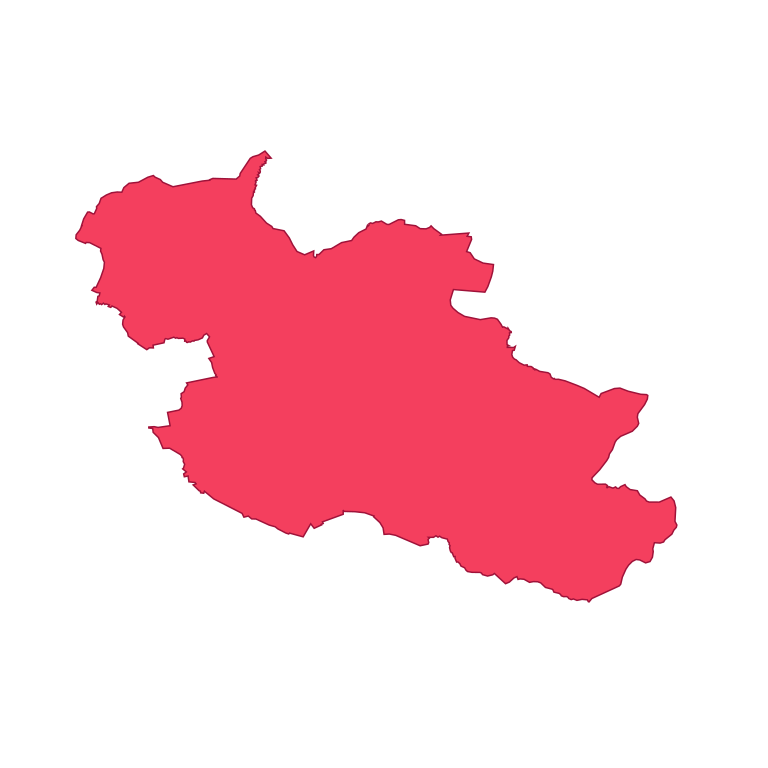 Remetea Chioarului, Maramures, Romania (Equal Earth projection), rotated 341°
{"feature_id": "2599482B30714970991865", "entity_name": "Remetea Chioarului", "entity_type": "district", "adm_level": 2, "iso_a3": "ROU", "parent_name": "Romania", "parent_adm1": "Maramures", "projection": "equal_earth", "projection_center": [23.534, 47.521], "detail": "fine", "context": "isolated", "style": "filled", "palette": "rose", "viewbox_px": 768, "rotation_deg": 341, "n_neighbors": 0, "source": "geoboundaries", "source_scale": "gbopen_adm2", "svg_char_len": 6171}
<svg xmlns="http://www.w3.org/2000/svg" viewBox="0 0 768 768"><g transform="rotate(341 384 384)"><path d="M480.0,249.8L478.1,250.8L474.3,251.0L468.8,248.9L465.5,244.7L455.5,239.7L456.7,236.0L453.8,234.1L451.0,233.4L440.7,234.8L438.7,234.0L434.6,229.1L431.3,228.9L429.2,228.0L425.6,228.5L423.7,227.3L421.9,227.6L421.5,228.9L420.2,229.5L420.0,228.6L417.5,231.6L409.4,232.7L403.4,235.4L400.1,237.8L389.9,236.5L378.2,238.9L370.9,237.5L364.7,240.4L362.6,239.7L361.9,241.3L360.5,242.3L359.3,241.2L359.1,239.7L360.9,235.3L351.0,236.0L344.9,230.4L343.0,222.7L342.0,215.0L339.4,206.6L329.7,200.9L329.2,198.5L325.3,193.6L321.7,185.2L318.5,180.6L318.8,177.9L318.2,177.2L318.5,176.1L317.2,174.6L317.0,171.4L319.4,165.2L321.6,163.3L322.8,160.6L323.8,160.4L323.5,159.4L324.4,159.3L324.8,158.0L326.0,157.6L325.9,156.7L328.2,154.6L326.9,153.7L328.8,151.4L328.4,150.9L328.8,149.9L330.3,150.0L330.3,147.4L331.7,147.7L333.4,146.8L333.5,146.2L332.6,145.1L334.4,144.5L334.3,143.3L335.1,144.1L335.7,143.8L336.4,142.4L336.0,140.8L337.4,140.3L337.7,138.1L339.8,138.3L340.3,136.8L341.6,137.7L341.8,136.8L344.1,136.7L343.9,135.2L344.7,135.5L344.9,134.7L345.8,134.1L345.5,132.3L346.1,131.0L347.4,132.8L350.8,133.7L347.3,125.0L340.0,126.7L334.1,126.4L331.0,127.1L316.6,138.1L315.3,140.4L310.9,142.1L289.1,133.9L285.6,134.1L285.6,134.6L278.1,132.9L248.7,128.8L240.4,121.2L239.1,117.9L234.9,113.9L233.8,111.8L228.0,111.6L217.5,113.3L208.3,111.2L202.0,113.6L198.5,117.3L194.2,115.6L188.7,114.5L183.0,114.9L176.9,116.3L173.5,120.6L169.9,122.7L169.5,124.5L165.5,128.7L164.4,128.5L161.4,125.4L159.7,125.0L153.8,130.1L149.4,136.0L149.8,136.1L146.4,139.5L141.5,142.7L140.0,146.1L141.6,148.7L147.6,153.9L148.5,153.2L151.7,154.5L160.5,163.6L159.3,166.0L159.6,169.6L158.9,175.1L159.3,177.8L156.7,183.5L150.7,191.2L143.3,198.9L141.5,198.2L138.3,200.3L142.2,204.0L145.0,205.4L143.5,207.9L142.0,208.0L139.8,212.3L138.4,212.8L138.4,214.9L140.0,213.7L140.8,215.9L142.0,215.8L142.9,217.0L145.0,216.2L146.0,217.9L147.1,217.7L150.0,219.8L148.5,220.9L150.6,222.6L152.2,221.7L156.2,225.5L159.1,230.7L156.5,232.2L159.4,235.8L160.1,236.2L160.6,235.5L160.9,236.3L158.1,238.5L156.3,242.4L156.3,245.3L158.3,252.0L157.8,255.5L164.8,265.5L164.3,265.8L170.9,274.3L174.0,273.4L177.7,274.8L178.3,272.1L189.4,273.4L191.4,270.3L192.4,270.0L194.3,271.3L200.5,271.3L202.0,272.9L203.3,272.7L204.3,273.9L208.8,275.2L210.3,276.7L209.5,278.6L210.5,278.8L211.0,280.4L211.9,280.8L212.9,280.5L214.5,281.3L217.0,280.9L218.3,281.6L218.9,281.1L222.6,281.7L227.3,281.3L229.5,279.2L232.7,278.5L234.4,282.6L231.0,285.5L230.6,286.8L232.3,302.8L226.7,302.8L228.0,307.6L227.3,312.7L227.5,318.9L228.2,320.7L227.6,321.2L228.8,323.6L228.0,322.8L224.2,322.1L197.7,318.7L198.2,321.0L194.7,323.2L192.5,326.2L189.0,327.1L188.1,330.6L187.1,331.4L187.1,335.4L186.1,338.8L184.3,341.0L181.5,341.9L170.1,340.4L168.2,353.8L156.2,351.5L152.8,349.5L147.6,348.1L147.3,349.0L150.8,350.8L150.0,354.6L153.3,361.2L154.1,373.0L160.4,374.9L168.5,384.4L169.4,386.7L169.1,387.8L169.8,388.4L169.9,389.6L168.9,392.1L169.4,394.9L167.0,398.3L166.0,398.7L168.5,402.8L165.3,403.8L165.0,406.7L168.8,407.2L167.7,413.0L173.3,415.6L173.8,417.2L170.7,417.3L174.5,424.8L175.5,425.6L175.2,427.2L178.0,428.6L179.3,426.9L185.6,437.2L207.7,460.1L208.2,464.3L212.7,464.7L215.0,468.5L218.9,469.9L229.5,480.0L234.7,483.6L236.4,486.4L242.7,493.0L245.1,494.8L246.1,494.2L257.8,502.2L269.2,492.3L271.0,497.7L279.1,496.9L279.0,496.3L281.1,496.1L280.9,494.3L303.0,493.9L304.4,489.9L304.6,491.4L315.0,495.3L323.9,499.5L331.6,505.6L331.0,506.2L335.0,513.7L336.3,519.7L335.1,526.2L340.2,527.6L345.8,530.9L365.5,548.7L373.6,549.7L374.7,548.4L375.0,545.4L376.8,544.5L376.2,543.5L381.0,545.1L383.7,544.4L385.2,546.4L387.0,546.0L388.6,548.1L393.4,551.3L393.3,553.8L394.0,555.5L393.3,556.8L393.8,558.3L392.7,560.1L392.4,563.4L392.7,565.2L393.6,565.9L393.7,570.0L395.0,570.3L394.4,571.9L394.7,576.0L395.9,576.3L397.2,578.5L397.5,581.2L400.4,584.0L400.9,586.7L401.9,588.5L405.9,590.7L413.4,593.4L414.6,594.5L415.1,596.3L419.4,599.3L424.7,599.8L426.7,599.1L433.9,612.4L438.1,612.1L443.7,609.7L447.0,609.4L447.1,612.4L449.2,612.6L452.8,614.2L457.0,618.9L461.0,619.5L464.9,621.0L467.4,623.0L470.4,628.9L476.1,632.7L476.7,633.5L476.9,636.1L481.3,638.9L482.4,640.4L482.7,642.0L484.5,643.5L487.6,644.5L488.6,645.7L488.8,646.9L490.8,648.8L493.1,648.9L496.0,651.4L501.2,652.1L506.0,654.3L506.3,656.3L506.9,656.8L510.7,654.5L540.8,651.5L542.7,650.3L546.5,644.2L552.5,637.8L556.3,634.9L561.0,632.6L565.2,632.0L568.5,633.6L573.1,638.3L577.7,638.5L581.4,635.2L584.0,630.1L584.5,627.3L588.0,622.1L593.3,624.3L596.9,624.4L599.0,622.7L607.3,619.7L610.5,616.5L613.7,614.7L615.0,612.7L614.4,608.6L619.6,595.8L620.2,589.0L618.5,584.3L605.8,585.3L596.3,582.0L594.1,580.1L593.4,577.6L589.7,572.2L588.8,567.4L582.3,563.9L579.6,559.9L579.1,557.6L574.2,558.1L572.1,559.2L570.4,558.5L569.5,556.7L566.6,557.0L563.2,554.3L561.2,554.7L561.0,554.1L562.2,552.7L560.8,550.8L553.3,548.3L551.3,546.2L549.4,542.3L550.2,540.4L560.0,535.3L569.7,528.9L572.5,526.5L574.4,523.5L578.6,520.4L583.6,514.2L585.8,512.5L590.7,510.5L603.4,509.5L609.8,506.4L612.0,504.2L612.7,497.9L614.4,494.7L623.7,488.3L628.1,484.0L629.7,480.7L628.8,479.5L623.4,477.3L612.5,470.3L605.8,464.7L600.4,463.3L586.2,463.7L583.1,466.6L571.9,453.4L566.0,448.1L556.3,440.0L550.6,436.4L547.3,435.3L546.8,434.2L545.9,434.3L544.3,432.0L544.2,428.5L542.7,426.7L535.4,422.8L532.4,419.6L531.4,419.8L531.4,418.7L530.2,418.4L530.2,417.1L528.8,415.4L525.3,414.0L525.6,412.5L522.6,411.8L518.8,407.9L516.7,404.0L515.5,403.0L514.4,400.7L514.4,397.8L516.4,394.2L518.1,394.5L520.4,391.2L518.5,391.7L512.5,389.5L513.2,388.1L514.6,388.4L513.2,386.8L514.4,382.9L517.1,380.9L517.5,379.4L518.7,378.8L519.3,376.5L521.1,376.8L521.3,375.8L520.2,374.7L519.4,371.4L518.9,372.1L515.9,369.0L514.6,368.9L514.0,365.3L512.3,359.7L510.0,357.7L506.8,356.3L496.0,354.5L482.2,346.3L477.2,340.5L473.9,334.8L472.8,331.3L474.0,326.1L480.4,317.3L509.3,330.0L513.9,325.7L520.4,317.6L523.6,312.7L526.4,306.7L517.0,301.9L510.1,295.1L508.2,287.9L505.2,285.7L513.9,275.8L514.4,273.2L510.7,271.4L513.4,268.9L485.9,261.7L487.1,261.1L481.7,253.4L480.0,249.8Z" fill="#f43f5e" stroke="#9f1239" stroke-width="1.5"/></g></svg>